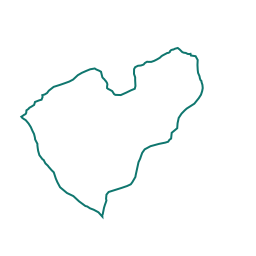 outline of Dekina, Kogi, Nigeria, rotated 155°
{"feature_id": "59680162B92999716235821", "entity_name": "Dekina", "entity_type": "district", "adm_level": 2, "iso_a3": "NGA", "parent_name": "Nigeria", "parent_adm1": "Kogi", "projection": "albers", "projection_center": [7.147, 7.599], "detail": "fine", "context": "isolated", "style": "outline", "palette": "teal", "viewbox_px": 256, "rotation_deg": 155, "n_neighbors": 0, "source": "geoboundaries", "source_scale": "gbopen_adm2", "svg_char_len": 2227}
<svg xmlns="http://www.w3.org/2000/svg" viewBox="0 0 256 256"><g transform="rotate(155 128 128)"><path d="M188.7,58.5L188.1,60.0L187.3,60.6L183.4,65.9L181.3,68.2L179.6,69.9L178.2,71.4L177.8,73.1L175.7,76.7L172.6,78.2L159.0,76.4L153.3,75.8L149.3,75.8L146.9,77.1L142.3,80.3L142.0,80.5L140.9,82.1L132.9,92.6L129.9,95.1L128.1,97.0L125.6,99.5L121.9,101.6L115.3,102.0L106.6,100.5L100.4,99.0L97.4,98.6L95.4,99.8L93.4,100.2L90.4,105.2L86.9,106.1L83.5,107.0L81.1,111.3L77.8,115.7L73.4,118.4L69.2,120.0L66.6,120.8L57.6,122.0L51.3,125.1L47.8,127.3L45.2,130.1L43.4,132.6L42.3,135.7L42.2,136.6L42.0,138.2L41.6,139.7L42.0,140.7L41.9,142.4L41.3,144.8L41.2,148.3L40.3,151.1L38.4,155.8L36.1,160.2L36.4,164.5L40.3,167.1L40.0,168.8L41.3,169.1L42.7,170.0L43.9,171.6L45.5,172.6L46.7,173.8L48.0,177.3L49.1,179.5L52.0,180.0L53.7,179.9L54.0,180.1L55.8,180.4L57.4,179.9L58.0,179.2L58.5,179.1L59.5,179.0L60.8,179.4L62.4,179.3L64.6,179.2L66.4,179.1L67.8,178.8L69.1,178.3L70.5,178.1L72.8,177.9L76.0,177.8L78.9,178.1L81.4,179.2L82.7,180.0L85.1,179.8L87.1,178.9L89.9,179.2L92.7,180.2L95.4,180.1L95.8,180.1L97.6,178.8L99.7,174.5L100.1,170.9L101.4,168.1L103.5,162.9L105.3,160.7L109.3,160.9L114.7,160.8L120.6,160.9L125.5,163.4L126.3,164.7L126.7,168.1L128.3,170.3L129.5,171.8L130.1,173.0L129.3,174.7L128.3,176.1L128.0,177.5L128.2,179.6L128.6,180.8L128.9,182.3L129.4,183.3L129.8,184.8L128.7,190.4L130.0,192.2L131.0,193.3L132.0,194.4L133.0,196.0L137.5,197.2L139.6,197.3L141.7,197.4L146.5,197.5L149.8,197.2L151.1,197.1L157.3,195.1L161.6,194.9L166.2,195.3L171.1,195.8L178.0,196.7L184.0,195.3L186.6,193.9L189.4,193.6L191.8,194.0L192.3,192.2L194.4,190.2L196.8,190.6L201.3,190.9L203.3,188.6L206.4,188.2L208.9,188.0L210.0,187.4L212.6,186.9L213.8,184.8L215.0,183.9L217.0,183.8L218.3,183.5L219.9,183.3L219.6,182.0L218.6,180.2L217.4,178.4L216.2,174.0L215.7,169.8L215.8,166.0L215.7,162.3L216.4,158.7L217.0,156.9L216.8,151.9L217.4,150.7L218.2,148.3L219.1,145.3L219.8,140.8L218.7,135.7L218.0,134.8L217.8,130.8L216.6,127.8L216.1,125.5L216.0,125.3L215.1,122.1L214.0,119.2L214.8,112.6L214.9,108.8L214.6,103.0L213.0,99.6L210.8,94.9L206.3,89.4L203.4,82.3L199.6,75.3L198.1,74.1L196.4,71.3L193.6,68.4L190.4,64.1L188.7,58.5Z" fill="none" stroke="#0f766e" stroke-width="2"/></g></svg>